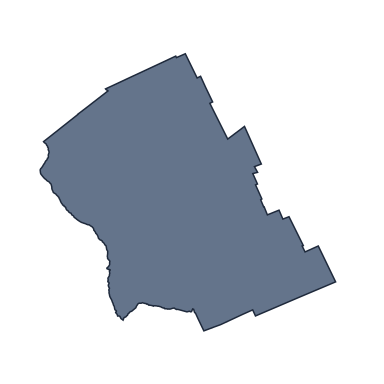 General Rodríguez, Buenos Aires, Argentina (Natural Earth projection), rotated 97°
{"feature_id": "61730980B11219984208084", "entity_name": "General Rodríguez", "entity_type": "district", "adm_level": 2, "iso_a3": "ARG", "parent_name": "Argentina", "parent_adm1": "Buenos Aires", "projection": "natural_earth1", "projection_center": [-58.934, -34.64], "detail": "fine", "context": "isolated", "style": "filled", "palette": "slate", "viewbox_px": 384, "rotation_deg": 97, "n_neighbors": 0, "source": "geoboundaries", "source_scale": "gbopen_adm2", "svg_char_len": 6108}
<svg xmlns="http://www.w3.org/2000/svg" viewBox="0 0 384 384"><g transform="rotate(97 192 192)"><path d="M307.3,113.9L284.0,73.8L263.7,38.5L230.2,60.1L237.7,72.5L232.2,76.1L231.6,75.0L204.7,92.7L207.8,98.5L199.4,103.4L205.5,114.4L197.9,118.6L198.1,119.0L191.3,122.9L190.4,121.8L177.2,129.8L176.1,128.0L166.3,133.9L164.5,129.3L159.2,133.1L155.8,126.6L120.5,147.9L135.1,163.0L101.8,185.1L100.1,182.5L86.2,191.4L76.1,197.6L78.2,200.8L55.6,215.5L60.5,223.8L59.1,224.7L100.2,290.4L100.6,290.0L100.9,289.6L101.5,288.2L101.7,287.9L101.9,287.7L119.9,305.8L128.6,314.7L128.8,314.6L135.2,320.9L150.4,335.9L160.1,345.5L160.4,345.2L160.7,344.9L160.9,344.7L161.3,344.0L161.9,342.9L162.3,342.5L162.6,342.3L162.9,342.2L163.1,342.0L163.6,341.7L163.8,341.3L164.0,341.1L164.3,340.9L164.6,340.8L165.0,340.8L165.8,340.0L166.1,339.9L166.4,339.9L167.5,339.9L167.8,339.8L168.3,339.3L169.8,338.7L170.4,338.7L171.1,338.9L172.8,339.2L173.4,339.1L173.8,338.9L175.2,338.8L175.6,338.9L175.8,339.2L176.1,339.6L177.2,339.7L177.6,339.9L178.2,340.2L178.7,340.7L179.5,341.2L180.9,341.6L181.8,342.0L182.1,342.3L182.7,342.5L183.8,343.1L184.4,343.2L185.6,343.9L186.4,344.3L186.9,344.7L187.5,345.1L188.2,345.3L188.7,345.4L189.5,345.2L191.6,344.7L192.0,344.5L192.6,344.2L193.5,343.3L194.0,342.8L194.9,341.9L195.5,341.2L195.9,340.8L196.4,340.2L196.9,339.5L197.5,338.3L197.9,338.0L198.3,337.5L198.7,336.8L199.1,335.7L199.4,335.1L199.8,334.6L200.6,333.9L201.2,333.0L201.7,332.7L202.5,332.4L203.2,332.1L204.0,331.8L205.7,331.5L206.7,331.1L207.8,330.4L208.6,329.9L209.2,329.7L209.5,329.3L209.7,329.0L209.9,328.5L210.1,328.1L210.6,326.9L211.4,326.2L212.0,325.4L212.4,324.8L213.2,324.0L213.5,323.5L213.9,323.4L214.2,323.2L215.0,322.8L215.3,322.4L216.1,322.0L216.8,321.5L217.2,321.4L218.7,320.4L219.6,319.5L220.2,319.0L220.5,318.9L221.0,318.0L221.0,317.5L221.3,317.3L221.9,317.1L222.1,316.6L222.3,316.0L222.5,315.7L223.3,315.2L223.8,315.1L224.3,314.8L225.3,313.9L225.5,313.4L225.6,313.0L226.0,312.5L226.5,312.2L226.8,311.9L227.2,311.4L227.5,310.8L227.6,310.3L227.8,309.8L227.9,309.3L229.0,308.8L229.4,308.4L229.6,307.9L229.9,307.2L230.1,306.8L230.3,306.6L230.7,306.3L231.2,306.1L231.4,305.9L231.7,305.5L232.1,304.7L232.5,303.9L232.9,303.5L233.2,303.0L233.4,302.5L233.9,301.8L234.1,301.3L234.4,300.8L234.6,300.3L234.8,299.9L235.1,299.3L235.4,298.6L235.7,297.8L235.7,297.5L235.9,296.6L236.1,296.0L236.1,295.7L236.4,294.3L236.4,293.9L236.7,293.2L236.9,292.7L237.0,292.0L237.2,291.3L237.2,290.7L237.0,290.3L237.1,290.0L237.4,289.5L237.9,288.8L238.3,287.8L238.7,286.9L239.1,286.5L239.3,286.3L240.1,285.4L240.5,285.2L241.7,284.8L242.0,284.7L242.2,284.3L242.6,284.0L242.8,283.8L243.0,283.5L243.4,283.2L244.2,282.7L244.7,282.5L244.9,282.3L244.9,282.0L245.4,281.6L245.6,281.3L245.9,281.0L247.4,280.0L248.8,279.4L249.2,279.3L249.9,278.6L250.0,278.2L250.5,277.8L250.8,277.2L250.9,276.9L250.9,276.5L251.0,276.1L251.4,275.6L251.5,275.2L251.9,274.9L252.4,274.8L252.5,274.6L252.9,274.0L253.0,273.8L253.4,273.3L253.8,272.9L254.3,272.5L254.7,272.3L255.2,271.9L255.4,271.5L255.6,271.0L255.8,270.9L256.4,270.6L257.6,270.2L259.4,269.7L260.0,269.3L261.0,268.5L261.4,268.4L262.1,268.4L262.6,268.3L263.6,268.2L266.3,268.2L267.3,267.8L268.2,267.7L268.5,267.4L268.8,267.2L269.6,266.3L270.0,265.7L270.4,265.3L270.7,265.1L271.5,265.2L271.8,265.1L272.6,265.2L273.3,264.9L273.8,264.9L274.8,265.1L275.7,265.6L276.3,265.9L276.8,266.3L277.3,266.8L277.8,267.2L278.0,267.2L278.4,267.1L278.6,266.9L278.7,266.2L278.9,265.7L279.0,265.1L279.0,264.3L279.1,263.9L279.5,263.7L279.9,263.9L280.4,264.4L281.5,264.1L282.7,263.7L283.2,263.8L284.0,263.9L284.6,263.8L285.1,263.8L285.4,263.9L285.9,264.1L286.6,264.4L287.2,264.8L287.5,264.8L288.3,264.9L288.7,264.8L289.4,264.4L289.8,264.4L290.1,264.5L290.5,264.7L290.8,264.7L291.4,264.5L291.6,264.3L291.6,263.9L291.9,263.6L292.1,263.4L292.7,263.2L293.1,263.3L293.9,263.6L294.6,263.7L295.0,263.7L296.0,263.3L296.4,263.0L296.7,262.9L297.1,262.6L297.2,262.4L297.5,262.2L297.8,262.2L299.0,262.6L299.6,262.6L300.1,262.3L300.4,262.2L302.1,262.1L302.8,261.9L303.7,261.5L305.1,261.1L306.1,260.6L306.3,260.5L309.1,258.5L311.0,257.6L311.8,257.1L312.1,256.8L313.6,256.3L315.1,255.2L317.1,254.6L318.3,254.1L318.5,253.8L318.6,253.5L318.7,253.2L318.9,252.9L319.2,252.6L319.6,252.5L320.2,252.6L320.7,252.9L320.7,253.1L321.0,253.1L321.5,252.5L321.9,252.2L322.1,251.8L322.4,251.6L322.9,251.2L323.3,251.0L323.9,250.9L324.2,250.7L324.0,249.7L324.0,249.3L324.1,248.9L324.2,248.4L324.4,248.2L324.8,248.1L325.4,247.7L325.8,247.4L326.4,246.9L326.6,246.6L326.9,245.9L327.6,244.8L326.5,244.5L325.9,244.4L325.2,244.2L324.8,244.0L324.7,243.8L324.1,242.6L323.9,242.4L323.7,242.2L323.3,242.0L323.1,241.9L322.2,241.0L321.9,240.9L321.1,240.8L320.9,240.7L320.6,240.5L320.5,240.3L320.2,240.1L319.9,239.9L319.7,239.6L319.1,239.3L318.6,238.9L318.4,238.7L318.2,238.5L317.8,237.4L313.7,233.6L312.3,233.3L309.5,231.9L309.0,231.3L308.7,230.3L308.7,229.4L308.5,228.7L308.2,228.1L307.9,227.8L308.1,226.9L308.4,224.8L308.3,224.6L308.3,224.2L308.4,223.8L308.8,223.5L308.8,223.2L308.6,223.0L308.6,222.6L309.1,221.9L309.1,221.6L309.5,221.3L309.6,220.9L309.4,220.7L309.4,220.4L309.5,220.1L309.5,219.7L309.5,218.9L309.6,217.9L309.7,217.7L309.6,217.4L309.6,217.1L309.8,216.9L310.0,216.6L310.0,216.3L309.8,216.1L309.5,215.9L309.5,215.6L309.5,215.3L309.4,214.9L309.5,214.6L309.3,214.0L309.4,213.1L309.5,212.6L309.5,211.8L309.5,211.5L309.4,211.3L309.4,211.0L309.5,210.7L309.6,210.3L309.7,209.1L309.8,208.8L309.9,208.6L310.1,208.4L310.2,208.1L310.5,206.9L310.6,206.5L310.5,205.5L310.9,205.3L311.1,205.0L311.2,204.7L311.1,204.1L311.1,203.8L311.1,203.4L311.0,203.0L311.0,202.5L311.2,202.1L311.2,201.9L311.1,201.6L311.1,201.2L310.9,200.8L310.9,200.5L311.0,200.1L310.9,199.8L310.7,198.9L310.1,197.8L309.6,196.5L309.4,195.5L309.4,195.2L309.7,194.8L309.9,194.6L310.1,194.3L310.2,194.0L310.2,193.6L310.5,193.2L310.4,193.0L310.3,192.6L310.3,192.4L310.3,191.7L310.3,191.2L311.6,182.4L310.7,180.1L311.1,178.6L310.8,177.9L308.0,177.1L308.2,176.1L311.4,174.7L311.6,173.9L317.3,170.4L328.4,163.3L323.3,153.6L320.2,147.5L307.2,126.7L301.6,117.4L307.3,113.9Z" fill="#64748b" stroke="#1e293b" stroke-width="1.5"/></g></svg>